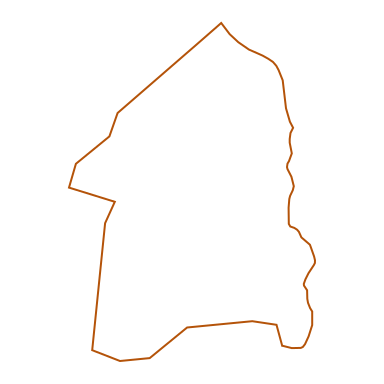 Boyd, Kentucky, United States of America
{"feature_id": "52423323B73616637816742", "entity_name": "Boyd", "entity_type": "district", "adm_level": 2, "iso_a3": "USA", "parent_name": "United States of America", "parent_adm1": "Kentucky", "projection": "natural_earth1", "projection_center": [-82.623, 38.37], "detail": "fine", "context": "isolated", "style": "outline", "palette": "amber", "viewbox_px": 384, "rotation_deg": 0, "n_neighbors": 0, "source": "geoboundaries", "source_scale": "gbopen_adm2", "svg_char_len": 975}
<svg xmlns="http://www.w3.org/2000/svg" viewBox="0 0 384 384"><path d="M221.2,23.0L197.3,43.9L117.6,113.0L109.4,136.4L75.9,163.8L69.0,187.6L114.8,201.8L105.1,223.2L92.2,350.2L120.0,361.0L149.7,358.1L187.1,327.5L252.3,321.2L276.5,324.8L282.2,345.8L282.6,345.8L291.8,348.1L300.8,347.9L302.8,347.0L305.0,344.2L308.6,336.4L312.2,325.1L312.2,311.5L310.1,308.1L308.0,302.8L307.3,298.8L307.1,290.3L304.0,285.6L303.8,283.9L305.4,279.4L308.5,273.2L313.9,265.0L314.9,263.0L315.0,260.3L314.1,256.5L310.9,247.4L309.9,244.7L301.4,237.4L298.9,231.8L297.1,229.7L294.3,227.9L290.3,226.5L288.8,223.9L288.6,207.7L289.3,199.0L290.1,195.9L292.8,190.2L293.8,186.2L291.9,178.6L291.4,176.7L287.5,169.1L287.0,167.1L287.5,163.6L289.0,161.1L291.8,153.4L289.7,142.7L289.7,139.0L290.5,133.0L293.1,127.8L289.9,121.7L286.0,108.3L282.7,80.3L278.6,70.1L276.3,65.8L273.0,62.0L268.3,58.8L262.6,55.6L257.0,53.1L249.0,49.6L238.3,42.2L229.7,34.2L221.2,23.0Z" fill="none" stroke="#b45309" stroke-width="2"/></svg>